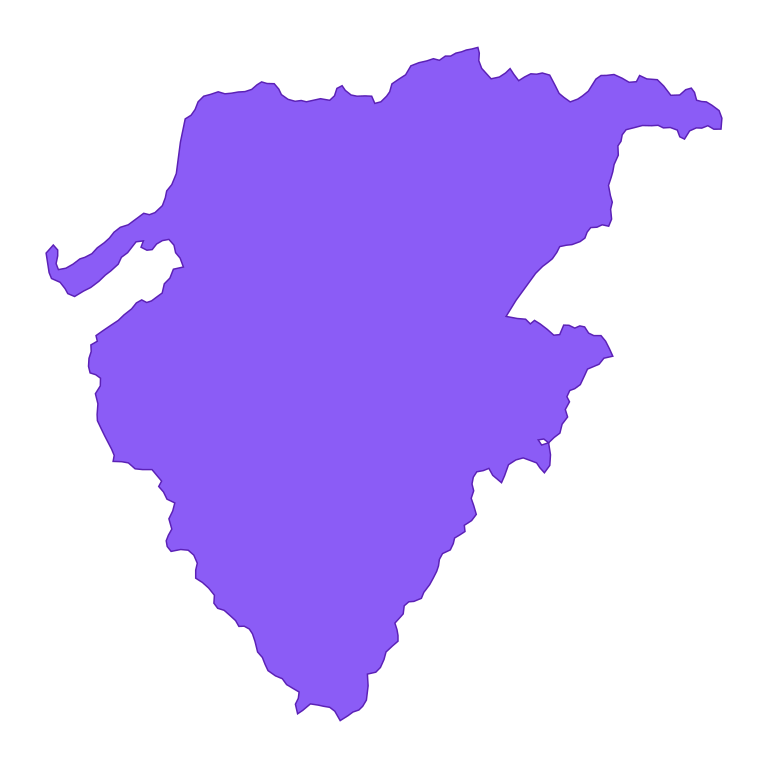 Choró, Ceará, Brazil (Natural Earth projection)
{"feature_id": "56859067B45544382813179", "entity_name": "Choró", "entity_type": "district", "adm_level": 2, "iso_a3": "BRA", "parent_name": "Brazil", "parent_adm1": "Ceará", "projection": "natural_earth1", "projection_center": [-39.181, -4.796], "detail": "fine", "context": "isolated", "style": "filled", "palette": "violet", "viewbox_px": 768, "rotation_deg": 0, "n_neighbors": 0, "source": "geoboundaries", "source_scale": "gbopen_adm2", "svg_char_len": 4615}
<svg xmlns="http://www.w3.org/2000/svg" viewBox="0 0 768 768"><path d="M53.3,245.0L46.1,253.1L47.8,264.1L49.1,272.6L51.5,278.5L60.1,282.3L65.1,288.7L67.8,293.6L74.6,296.5L83.7,291.0L90.7,287.5L98.9,281.3L105.3,275.1L110.7,271.0L118.2,264.2L121.4,257.3L127.6,252.7L131.4,247.8L136.1,241.8L143.4,240.9L141.0,247.2L146.9,250.2L152.2,249.6L156.6,244.0L162.4,240.6L168.9,239.4L174.0,245.2L175.6,252.7L180.1,258.1L183.4,267.0L173.4,269.2L169.9,278.1L164.3,283.8L162.2,293.0L156.6,297.1L151.5,300.9L146.7,302.5L141.7,299.9L136.4,302.9L131.6,308.9L124.1,314.8L118.3,320.4L110.9,325.3L102.5,331.0L96.0,335.6L97.3,341.2L90.9,344.9L91.2,351.5L89.0,358.3L88.5,366.3L90.1,372.9L95.7,374.7L100.5,378.2L100.3,385.9L95.4,393.7L97.9,403.8L97.1,414.5L97.4,420.7L101.1,428.5L104.6,435.7L111.6,449.2L114.2,455.4L113.1,461.4L121.7,461.7L128.4,462.9L135.1,468.8L142.7,469.6L152.0,469.6L161.6,481.1L158.7,486.5L163.5,492.0L167.0,499.2L174.8,502.9L172.7,511.0L168.9,518.8L171.8,529.1L168.4,535.2L166.2,540.8L167.2,546.5L171.1,551.4L180.7,549.5L188.2,550.2L193.8,555.1L197.3,563.2L195.7,570.1L195.7,578.2L202.3,582.4L208.6,588.0L214.4,595.2L213.9,603.2L217.7,608.3L224.1,610.3L229.8,615.3L235.6,620.6L238.9,626.4L244.2,626.2L249.3,629.0L252.5,633.9L255.0,641.4L257.6,652.0L262.4,657.5L265.1,664.4L268.0,670.6L275.5,675.9L282.3,678.7L286.6,684.6L293.8,688.9L299.1,692.0L298.3,698.3L295.4,704.2L297.6,713.8L302.7,710.4L310.4,703.9L318.2,705.1L323.6,706.3L329.7,707.3L334.8,711.2L340.2,720.6L348.4,715.4L353.0,712.0L358.9,710.0L362.7,706.3L366.4,700.1L368.1,685.8L367.4,674.1L375.8,672.2L380.4,667.5L384.0,659.5L386.0,652.0L392.2,646.2L398.0,641.2L398.0,635.5L397.0,629.7L394.9,623.1L398.9,618.7L403.2,613.9L404.2,605.8L408.8,601.8L413.9,601.4L421.4,598.3L423.8,592.4L429.7,584.6L433.2,578.2L436.7,571.3L438.5,565.9L439.4,559.4L442.5,553.6L450.3,549.9L453.3,543.6L454.6,538.0L459.8,534.9L465.0,531.5L464.3,525.3L471.6,520.6L476.3,514.4L473.7,505.5L471.2,498.3L473.7,490.8L472.0,484.0L473.3,477.2L476.8,471.8L483.3,470.6L488.9,468.4L492.7,475.3L501.5,482.7L504.5,475.9L508.5,464.7L515.9,459.9L523.2,457.9L530.3,460.5L536.6,462.9L539.9,467.8L544.4,472.8L549.8,465.4L550.5,454.8L548.6,442.8L554.1,437.5L559.9,433.1L562.1,424.2L567.6,417.0L565.3,409.5L569.5,401.8L566.9,396.7L569.8,390.5L574.7,388.7L580.3,384.6L584.4,375.9L587.5,369.1L593.2,366.7L599.1,364.2L603.9,358.2L612.8,356.2L609.5,348.9L605.6,341.2L601.0,335.6L593.8,335.6L588.6,333.1L584.6,326.9L579.8,325.9L574.8,328.1L569.0,325.3L563.7,325.1L559.7,334.6L553.8,335.2L547.3,329.4L540.4,324.1L534.5,320.4L530.3,323.9L525.6,319.2L517.3,318.5L506.1,316.4L516.1,300.2L535.6,273.4L542.6,266.4L547.9,262.4L552.4,258.7L556.8,252.4L559.7,246.6L566.4,245.2L572.0,244.6L580.1,241.6L584.9,238.1L587.1,232.2L590.7,227.6L597.0,227.2L602.2,224.8L608.7,226.2L611.6,219.1L610.6,209.3L612.3,202.2L610.4,195.6L608.5,185.4L611.1,177.6L612.8,171.7L614.1,164.5L618.3,155.2L617.9,145.9L621.0,141.3L622.2,134.8L626.1,129.7L634.4,127.6L642.4,125.5L651.6,125.7L658.1,125.3L663.4,127.9L670.3,127.5L677.3,130.1L679.8,136.8L684.5,139.1L689.6,130.9L696.3,127.9L701.8,128.1L707.9,125.7L713.8,129.2L721.0,129.1L721.9,118.2L719.1,110.6L712.0,105.3L706.4,101.9L701.5,101.5L696.6,100.2L694.5,92.4L691.3,88.1L685.7,89.7L679.7,95.0L670.8,95.3L663.7,86.0L657.3,79.7L646.8,78.9L639.6,75.5L636.4,81.7L629.1,82.3L622.1,78.2L614.0,74.5L606.6,75.4L601.0,75.5L595.9,79.1L592.4,84.7L588.3,91.2L582.5,95.9L577.7,99.1L570.2,101.9L563.9,97.4L559.1,93.4L555.1,85.4L549.7,75.1L542.3,73.0L536.6,74.2L530.8,73.8L524.5,77.0L518.7,80.7L513.9,74.4L510.1,68.6L505.5,73.0L499.4,77.0L491.1,78.8L485.5,72.6L481.7,68.4L478.8,60.7L479.3,53.1L477.9,47.4L471.8,49.0L466.3,50.0L461.6,51.8L455.9,53.1L450.6,56.1L445.3,56.1L439.4,60.3L433.4,58.7L426.8,60.9L418.9,62.7L410.9,65.8L405.6,74.8L399.2,78.9L391.9,83.9L389.7,91.8L386.6,96.2L380.9,101.8L374.8,103.4L371.7,96.2L365.0,95.9L357.0,96.2L351.1,95.0L345.3,90.4L342.1,85.7L336.9,88.4L334.5,95.8L329.7,100.3L320.5,98.7L312.3,100.5L306.4,101.8L301.2,100.5L295.1,101.3L288.0,99.3L281.4,94.6L278.8,89.1L274.2,83.7L267.0,83.5L261.6,81.9L257.0,84.8L251.7,89.4L245.0,91.6L238.2,92.0L231.4,93.2L224.9,93.8L218.2,91.8L210.5,94.4L203.7,96.2L198.1,101.8L195.1,109.5L191.1,115.2L185.2,118.9L180.4,142.2L176.3,173.6L171.8,184.6L166.7,190.9L165.3,197.8L162.4,205.6L155.0,212.6L149.4,214.7L143.7,213.3L135.9,219.1L128.2,224.8L120.3,227.3L114.0,232.2L109.4,238.1L104.3,242.7L97.3,247.8L91.9,253.7L84.9,257.3L79.9,258.9L73.1,264.1L65.9,268.2L58.4,269.6L56.1,263.6L57.7,255.9L57.7,250.0L53.3,245.0ZM548.6,442.8L541.6,445.0L538.2,439.9L543.8,439.0L548.6,442.8Z" fill="#8b5cf6" stroke="#5b21b6" stroke-width="1.5"/></svg>